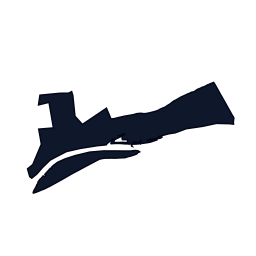 the district of Giza, Al Jizah, Egypt, rotated 80°
{"feature_id": "37247803B55829024150134", "entity_name": "Giza", "entity_type": "district", "adm_level": 2, "iso_a3": "EGY", "parent_name": "Egypt", "parent_adm1": "Al Jizah", "projection": "equal_earth", "projection_center": [31.222, 29.999], "detail": "fine", "context": "isolated", "style": "filled", "palette": "ink", "viewbox_px": 256, "rotation_deg": 80, "n_neighbors": 0, "source": "geoboundaries", "source_scale": "gbopen_adm2", "svg_char_len": 5278}
<svg xmlns="http://www.w3.org/2000/svg" viewBox="0 0 256 256"><g transform="rotate(80 128 128)"><path d="M107.6,72.8L108.6,75.5L109.5,78.5L111.6,82.4L112.7,85.3L113.8,87.6L114.3,89.9L114.9,92.8L115.9,95.4L116.1,96.7L116.4,98.9L116.8,104.0L116.9,107.9L116.5,110.5L115.8,112.5L115.6,113.9L115.5,115.1L115.4,117.2L115.8,120.1L115.8,124.8L115.8,130.1L116.1,136.0L116.4,140.2L116.2,143.2L104.8,145.8L116.6,172.3L107.2,178.2L86.4,176.7L82.4,177.2L83.4,180.4L82.0,188.9L80.4,209.0L89.7,212.1L89.0,201.3L115.0,201.4L113.6,216.1L128.9,216.1L147.5,228.1L150.8,234.0L158.8,233.2L160.7,231.5L157.5,225.8L152.1,219.1L146.1,210.3L144.2,204.6L140.5,192.7L139.8,178.6L140.1,161.4L140.8,152.5L139.5,151.0L136.7,145.8L135.8,143.5L136.2,144.0L136.8,144.7L137.6,145.6L138.2,146.1L139.5,147.1L140.0,147.5L140.3,147.5L140.5,147.4L140.6,147.2L140.6,146.8L140.9,144.1L141.3,141.4L141.6,139.7L142.2,137.1L142.2,136.7L142.1,136.4L141.9,136.3L141.7,136.2L141.2,136.2L141.1,136.3L140.8,138.8L140.3,142.2L140.0,143.5L139.8,143.8L139.5,144.1L139.2,144.2L138.6,144.2L138.0,143.9L137.4,143.4L137.1,142.8L136.7,141.7L135.8,138.7L135.3,136.7L135.1,136.3L135.0,136.1L134.7,136.1L134.2,136.2L133.9,136.4L133.8,136.5L133.8,137.1L133.8,137.5L133.9,137.9L134.2,138.8L134.3,139.5L133.9,138.6L132.8,131.5L133.1,132.1L133.3,132.5L133.3,133.2L133.4,133.6L133.4,134.0L133.5,134.2L133.7,133.5L133.7,133.4L133.9,133.3L134.1,133.3L134.3,133.4L134.3,133.5L134.5,133.9L134.5,134.1L134.5,134.3L134.4,134.6L134.2,134.8L133.8,135.0L133.8,135.4L133.8,135.5L134.0,135.7L135.2,135.4L135.9,135.4L137.1,135.5L138.2,135.6L138.4,135.6L138.5,135.5L138.6,134.9L139.4,131.0L139.5,130.7L139.7,130.4L143.4,131.4L143.5,131.4L143.7,130.5L143.9,130.2L144.2,128.3L144.4,127.5L145.0,127.3L145.4,127.3L145.5,127.3L145.7,127.5L145.8,127.6L146.0,127.7L146.5,127.5L146.6,127.4L146.7,127.2L146.2,127.5L145.9,127.4L145.6,127.3L145.6,127.2L144.9,126.8L144.5,126.6L144.5,126.4L144.7,126.1L144.9,125.1L145.1,123.8L145.3,122.1L145.5,119.4L145.4,119.5L145.2,119.9L145.1,120.0L144.9,120.1L144.6,120.3L144.4,120.5L144.3,120.9L144.2,121.5L144.2,122.6L144.1,122.8L144.0,123.1L143.9,123.4L143.8,125.0L143.8,125.8L143.7,125.9L142.6,125.5L142.4,125.4L142.4,125.2L142.5,125.2L142.8,125.1L143.0,124.8L143.0,124.4L143.0,124.2L143.0,123.9L142.9,123.6L142.7,123.4L142.7,123.2L142.9,122.9L143.2,122.5L143.3,122.3L143.6,122.1L143.7,121.9L143.8,121.6L143.8,121.1L143.9,120.8L144.1,120.4L144.2,120.1L144.4,120.0L144.6,120.0L144.8,119.8L145.1,119.4L145.5,119.0L144.3,118.8L143.4,118.6L142.4,118.5L142.2,118.4L142.2,118.2L142.5,117.8L142.5,117.6L142.5,117.4L142.5,117.2L142.8,117.1L142.9,117.3L142.9,117.5L142.7,117.9L142.8,118.2L142.9,118.3L143.9,118.4L145.0,118.7L145.5,118.8L145.5,118.5L145.6,116.9L145.8,111.8L145.8,110.2L145.8,108.8L145.7,107.7L145.2,104.7L145.0,103.0L144.7,101.6L144.4,101.8L144.3,102.1L144.3,103.1L144.2,104.3L144.4,106.5L144.3,107.0L144.2,107.7L144.0,108.6L144.0,109.0L144.0,110.7L144.0,111.1L143.9,111.2L143.8,111.3L143.7,111.3L143.4,111.4L143.2,111.3L143.2,110.9L143.5,109.4L143.4,109.2L143.2,108.9L143.2,108.3L143.2,108.1L142.9,107.6L142.9,107.2L143.0,107.0L143.1,106.8L143.3,106.8L143.6,106.6L143.7,106.4L143.5,105.5L143.3,104.7L143.1,103.7L143.1,103.1L143.1,102.6L143.1,101.8L143.1,101.6L143.4,101.4L143.5,101.2L143.7,99.0L143.7,98.7L143.6,98.3L143.6,97.8L143.5,97.5L143.4,97.2L143.3,96.9L143.0,96.3L142.9,96.3L142.9,96.2L142.7,96.2L142.5,96.3L142.4,96.6L142.2,97.5L141.9,99.1L141.8,100.1L140.8,89.1L140.9,82.2L138.8,70.9L139.3,54.3L138.8,40.1L141.4,27.2L142.5,23.4L140.3,23.2L136.5,22.0L135.2,22.4L133.1,23.3L131.0,24.0L117.0,28.9L109.8,31.5L101.3,34.4L98.0,35.7L98.3,37.1L98.5,38.3L98.7,39.2L99.1,40.6L99.4,42.4L100.1,44.1L100.3,45.0L100.7,46.7L100.8,48.1L101.3,49.5L101.6,50.7L101.8,51.8L102.0,52.9L102.4,53.7L102.8,54.7L103.3,55.6L103.8,56.8L103.8,59.1L104.5,61.5L104.9,63.6L105.8,66.7L106.6,70.0L107.6,72.8ZM151.4,124.7L151.1,129.6L146.4,155.6L145.1,169.8L146.0,184.4L147.5,195.3L149.5,203.1L150.2,204.6L151.1,206.2L151.4,207.1L151.9,207.8L152.6,209.0L152.9,209.5L153.3,209.9L153.8,210.5L154.0,210.6L154.6,210.2L154.8,210.2L155.0,210.3L155.0,210.6L154.9,210.8L154.6,211.1L154.5,211.5L154.4,211.7L159.2,217.9L160.1,217.3L160.4,217.2L160.6,217.2L160.9,217.4L161.1,217.6L161.3,217.9L161.4,218.1L161.4,218.3L161.3,218.5L160.8,219.1L160.6,219.5L160.5,219.8L160.6,220.1L160.7,220.3L160.9,220.5L161.8,221.3L162.1,221.6L162.3,222.0L162.8,223.0L163.2,223.5L163.7,224.2L164.3,224.7L165.0,225.5L165.8,226.1L166.1,226.2L166.3,226.1L166.8,226.2L167.0,226.4L167.1,226.5L167.4,226.9L167.6,227.2L168.1,227.6L168.9,228.1L169.5,228.5L170.1,228.9L172.9,231.2L173.5,231.7L173.9,231.9L175.2,232.6L175.4,232.6L175.5,232.6L175.6,232.3L175.6,232.0L175.6,231.5L175.6,231.4L174.8,227.1L173.9,223.5L173.6,221.4L173.4,220.7L171.4,214.0L167.2,201.8L163.5,191.7L162.1,187.4L157.8,174.3L153.7,161.5L153.6,156.9L154.0,153.9L154.8,149.2L155.6,145.0L155.7,143.9L155.9,142.3L156.4,138.1L156.7,136.3L156.1,131.5L156.2,131.2L156.0,129.0L155.8,128.2L155.6,126.6L155.3,125.0L155.1,124.2L155.0,123.9L154.9,123.7L154.7,123.4L154.5,123.2L154.1,122.9L154.0,122.7L153.5,120.7L152.3,121.9L151.4,124.7ZM143.4,131.7L142.2,131.5L141.2,135.8L141.3,135.9L142.3,136.1L142.5,136.0L142.6,135.8L143.5,131.8L143.4,131.7L143.4,131.7Z" fill="#0f172a" stroke="#020617" stroke-width="1.5"/></g></svg>